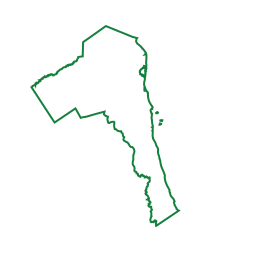 outline of Aitape/Lumi District, Sandaun, Papua New Guinea, rotated 56°
{"feature_id": "67681753B88844434535712", "entity_name": "Aitape/Lumi District", "entity_type": "district", "adm_level": 2, "iso_a3": "PNG", "parent_name": "Papua New Guinea", "parent_adm1": "Sandaun", "projection": "robinson", "projection_center": [142.359, -3.333], "detail": "fine", "context": "isolated", "style": "outline", "palette": "green", "viewbox_px": 256, "rotation_deg": 56, "n_neighbors": 0, "source": "geoboundaries", "source_scale": "gbopen_adm2", "svg_char_len": 5766}
<svg xmlns="http://www.w3.org/2000/svg" viewBox="0 0 256 256"><g transform="rotate(56 128 128)"><path d="M224.9,132.1L223.9,132.6L222.1,133.0L221.6,132.7L218.6,132.5L217.5,132.3L215.2,131.4L214.9,130.4L213.8,130.2L212.4,130.0L208.5,130.4L207.4,130.3L206.8,130.1L206.1,129.7L205.8,129.7L205.5,129.4L204.0,129.3L202.8,128.3L197.4,127.8L193.2,126.9L190.0,125.5L187.4,123.7L186.8,123.7L186.7,123.6L182.9,122.7L180.8,122.4L178.3,121.8L175.8,120.9L172.9,119.5L171.5,119.1L170.9,119.1L170.6,118.8L168.7,118.0L166.9,117.6L165.2,116.9L163.8,116.0L162.8,115.1L162.2,115.0L161.8,114.7L161.0,114.5L158.6,114.4L155.0,113.4L153.3,113.4L150.5,113.1L150.2,112.8L148.6,112.2L147.7,111.6L145.0,109.6L144.2,109.5L144.3,109.2L143.5,108.6L141.6,107.4L141.2,107.5L141.4,107.1L140.7,106.6L137.0,105.0L135.7,104.2L132.6,102.7L129.8,100.2L129.0,100.5L128.9,100.4L129.2,100.3L129.2,100.1L128.3,100.1L126.0,99.5L125.4,98.7L125.4,97.7L125.6,97.5L125.8,97.3L124.8,96.6L124.6,95.9L120.9,95.9L118.4,95.7L116.9,95.4L113.4,94.0L110.1,91.9L109.6,92.0L109.3,91.7L106.6,92.0L106.4,92.2L106.6,92.8L106.4,93.1L106.5,93.3L106.1,93.5L104.8,92.5L104.7,92.2L104.1,92.2L103.6,91.7L105.3,92.1L106.2,92.0L106.3,91.9L101.6,90.7L100.3,89.9L98.8,88.7L97.8,87.5L93.5,83.7L90.7,81.5L89.6,80.4L89.5,80.6L89.8,80.9L89.8,81.3L90.2,81.3L90.0,81.6L90.1,81.8L90.3,81.7L91.3,82.3L93.6,84.1L95.5,85.9L95.5,86.1L94.9,86.1L94.4,85.9L93.8,86.2L93.7,86.2L93.7,85.8L93.4,86.0L93.4,86.5L92.8,87.0L92.1,86.4L92.3,86.0L92.3,85.9L91.5,86.3L91.4,86.7L91.6,87.2L90.5,87.2L90.2,87.7L89.8,87.3L89.3,87.4L89.0,87.2L88.2,87.0L88.1,86.7L87.9,86.7L87.5,86.2L87.3,86.2L87.0,85.8L87.0,84.7L86.6,84.3L86.8,83.6L86.5,83.0L86.4,82.3L86.6,82.0L87.3,81.4L87.7,80.5L87.2,80.8L86.8,80.7L86.7,80.4L86.4,80.5L85.8,80.6L85.4,80.0L85.7,79.7L86.0,79.6L87.0,78.8L87.4,78.8L89.0,80.1L88.8,79.6L85.9,77.4L84.2,76.6L82.2,75.1L80.2,73.5L77.4,71.7L76.4,71.5L76.6,72.4L76.5,72.7L76.2,71.7L75.8,71.2L72.6,71.2L70.7,71.4L70.2,71.7L69.9,71.5L68.9,71.6L66.7,72.0L63.1,73.1L61.3,73.0L60.3,72.6L60.1,72.2L58.8,71.1L58.5,70.2L55.0,73.3L31.1,89.4L31.6,110.5L31.7,117.2L43.3,125.5L42.7,126.3L42.6,127.0L41.9,128.2L41.5,129.5L41.8,129.5L42.3,131.0L43.7,133.0L43.6,134.0L43.1,134.5L43.0,135.1L43.2,135.4L42.9,136.1L43.2,136.6L43.6,136.8L43.4,137.2L43.4,137.4L44.0,137.8L44.1,138.6L43.9,138.7L44.0,138.9L43.9,139.3L43.4,139.5L43.6,140.2L43.4,140.9L42.6,141.1L42.5,141.3L42.5,142.1L42.3,142.5L42.5,142.6L42.3,143.0L42.6,143.1L42.4,143.3L42.4,144.0L42.1,144.4L42.7,144.7L42.7,145.3L42.3,146.4L41.9,146.8L41.7,148.5L41.9,149.2L42.0,150.1L42.1,150.3L41.6,151.3L41.6,152.0L42.1,154.2L41.8,154.7L42.2,155.2L42.2,155.9L42.5,155.9L42.9,156.1L43.2,157.2L43.1,157.8L42.8,158.2L42.7,159.3L42.8,160.1L42.5,160.8L41.9,160.9L41.7,160.6L41.1,160.9L40.7,161.5L40.7,161.9L40.3,161.9L40.2,162.4L40.6,163.3L40.5,163.8L40.4,163.9L40.1,163.6L39.7,163.8L39.4,164.8L39.6,165.3L40.2,165.6L40.0,165.9L40.0,166.8L39.7,166.9L39.9,167.3L39.6,168.2L39.4,168.4L38.7,168.3L39.0,169.2L38.7,169.4L38.7,169.8L39.0,170.1L38.8,171.0L39.3,171.2L39.1,171.5L39.2,171.8L39.0,172.1L39.0,172.6L39.3,172.7L39.2,173.6L38.8,174.7L40.0,174.4L40.1,175.0L39.8,176.1L40.4,177.2L40.4,177.5L39.3,178.2L39.3,178.5L39.9,178.1L40.2,178.3L40.3,179.6L40.1,180.4L40.7,180.9L40.0,180.8L40.2,181.2L39.9,182.4L40.0,183.2L39.8,183.7L40.2,184.4L40.2,185.2L82.4,185.8L82.4,160.6L93.1,161.5L93.6,160.0L95.3,156.3L97.8,148.5L101.3,138.3L102.7,139.9L103.3,140.3L104.0,140.2L105.7,139.6L107.3,138.3L107.6,138.4L108.9,140.0L109.7,140.5L110.2,140.5L111.9,141.3L112.6,141.4L113.2,141.1L113.4,140.7L113.6,138.6L114.1,137.5L115.0,136.2L115.8,136.2L118.0,138.0L119.2,138.7L121.5,139.6L122.0,138.9L122.5,138.6L123.8,138.4L125.3,137.6L126.1,136.7L126.9,135.5L127.6,135.9L128.4,135.9L129.0,135.6L129.6,135.5L132.0,136.6L132.8,136.5L133.4,136.2L133.7,136.5L133.8,137.0L134.2,137.3L135.0,138.3L136.1,138.4L137.9,137.5L138.8,137.3L139.4,136.6L139.9,136.4L141.3,136.5L141.9,136.3L143.4,136.6L144.3,136.5L145.4,136.2L146.4,135.0L148.5,134.8L150.8,135.6L152.2,137.0L153.4,138.7L155.4,140.1L157.1,141.2L158.8,143.0L160.1,144.0L161.2,144.5L163.7,144.5L165.2,145.1L166.3,146.2L167.6,146.7L168.2,146.5L168.5,146.0L169.1,145.7L169.5,145.7L170.4,146.3L171.3,145.5L171.7,145.7L172.2,145.6L172.6,146.1L173.1,146.2L175.3,145.1L175.2,144.5L174.6,144.1L174.4,143.3L174.4,142.9L174.9,142.2L175.3,142.4L176.4,142.3L176.7,141.6L177.3,141.3L177.8,141.5L178.3,141.2L178.5,141.5L178.8,141.0L178.6,140.2L178.6,139.7L179.3,139.5L179.6,139.7L180.6,139.4L180.8,139.0L180.9,137.8L181.1,137.7L181.9,138.5L182.2,138.4L182.7,139.0L183.4,139.1L184.2,139.8L184.6,140.6L184.6,141.4L184.9,142.6L185.2,142.9L186.2,143.0L186.6,143.8L187.4,144.4L187.2,144.9L187.8,146.1L188.9,146.7L189.1,147.1L189.2,147.8L189.9,148.7L190.3,148.7L190.8,148.2L191.1,148.2L191.5,148.6L192.1,148.7L192.2,149.3L191.9,149.8L192.1,150.1L192.6,149.8L192.9,150.2L193.8,150.2L194.6,149.6L197.3,149.8L198.3,150.1L198.6,150.6L197.9,151.6L198.0,152.1L199.1,151.0L200.1,151.5L201.1,150.9L202.2,150.9L202.5,151.3L202.4,151.7L202.4,153.0L203.3,152.9L203.4,154.2L203.9,154.5L204.6,154.6L205.5,154.1L205.8,153.8L205.8,153.2L206.2,152.8L207.5,153.6L208.3,153.9L208.9,153.8L209.4,154.1L209.8,155.8L211.8,156.3L213.6,157.7L214.3,157.7L214.8,158.8L216.4,160.7L217.4,161.2L217.9,161.3L218.6,161.6L219.0,161.5L219.3,161.0L219.7,159.6L220.3,159.5L220.2,158.8L219.5,157.8L219.7,157.3L220.7,156.6L221.2,156.6L221.5,156.9L221.6,157.7L223.3,158.3L224.3,159.3L224.9,159.4L224.9,132.1ZM131.6,96.3L132.2,95.5L132.2,94.8L132.0,94.5L131.3,94.7L131.1,95.0L131.2,96.2L131.6,96.3ZM141.3,96.1L141.2,95.6L140.7,95.2L140.2,96.0L139.9,96.3L139.7,96.9L139.9,97.1L140.1,97.1L140.7,96.2L141.1,96.3L141.3,96.1ZM142.9,100.0L143.2,99.4L143.3,98.4L143.1,98.2L142.1,98.9L142.6,99.7L142.9,100.0Z" fill="none" stroke="#15803d" stroke-width="2"/></g></svg>